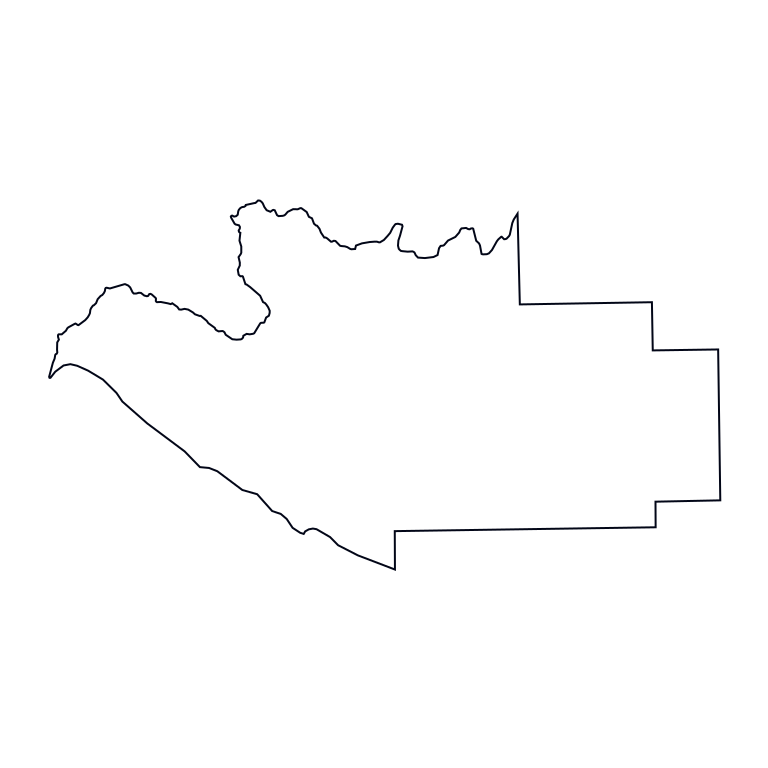 Menominee, Michigan, United States of America (Robinson projection), rotated 89°
{"feature_id": "52423323B70505810284564", "entity_name": "Menominee", "entity_type": "district", "adm_level": 2, "iso_a3": "USA", "parent_name": "United States of America", "parent_adm1": "Michigan", "projection": "robinson", "projection_center": [-87.723, 45.54], "detail": "fine", "context": "isolated", "style": "outline", "palette": "ink", "viewbox_px": 768, "rotation_deg": 89, "n_neighbors": 0, "source": "geoboundaries", "source_scale": "gbopen_adm2", "svg_char_len": 3739}
<svg xmlns="http://www.w3.org/2000/svg" viewBox="0 0 768 768"><g transform="rotate(89 384 384)"><path d="M216.0,247.5L221.8,251.4L225.3,252.9L236.9,255.6L238.3,256.4L240.9,259.0L241.3,260.4L241.3,261.4L238.8,263.8L238.9,264.3L241.4,267.2L243.3,268.7L251.9,273.7L255.2,276.8L256.0,278.9L256.1,282.5L255.9,283.7L255.6,284.2L247.2,285.6L245.1,286.5L242.4,289.3L230.3,292.1L229.9,292.7L230.0,294.3L230.8,295.6L230.6,297.1L229.4,299.2L229.8,303.8L231.2,305.0L233.9,306.2L238.2,310.1L241.7,317.5L246.2,321.5L246.7,322.6L246.9,325.0L249.2,326.6L256.0,328.2L257.9,332.3L258.8,340.9L258.2,347.8L255.8,350.0L253.1,351.2L252.4,352.1L251.9,353.2L252.1,358.0L251.5,363.3L251.2,364.8L249.9,366.2L249.0,366.9L245.9,367.6L240.7,367.1L236.0,365.4L226.6,362.7L225.1,363.2L224.0,367.3L224.3,369.6L224.8,370.2L227.8,372.5L233.0,375.2L236.0,377.8L240.0,381.6L242.3,385.6L242.3,386.5L241.6,388.5L241.5,390.8L241.8,395.8L243.0,403.6L245.1,409.6L248.5,410.5L248.7,414.3L248.3,415.5L246.5,418.3L245.7,420.7L245.3,424.4L245.0,425.5L240.2,430.0L239.9,431.6L240.8,433.6L240.8,434.5L237.4,438.3L236.5,439.8L236.5,441.2L231.5,444.4L227.7,445.8L224.6,448.1L224.3,449.2L222.5,451.2L217.1,453.1L215.5,456.2L210.7,458.3L206.8,463.5L206.7,464.6L207.8,467.2L207.6,471.8L210.2,477.3L212.8,479.6L213.6,480.6L214.1,482.3L214.3,486.5L213.3,488.0L208.4,490.2L208.0,491.5L208.1,492.1L209.8,494.6L208.2,498.3L205.0,500.5L201.2,502.1L199.6,503.4L198.5,504.9L198.3,506.7L200.7,509.3L200.9,510.8L202.6,519.1L203.6,519.4L204.4,520.8L204.6,522.5L204.9,523.4L205.7,524.7L207.3,526.1L208.7,526.7L212.2,527.3L213.6,528.9L214.0,531.0L213.0,532.7L213.1,533.5L213.8,534.2L214.9,534.0L221.1,530.6L221.9,529.6L222.8,526.2L224.5,525.3L226.2,525.5L227.9,526.6L229.2,526.4L230.0,525.7L230.3,525.0L238.2,526.0L244.0,524.3L250.2,524.4L251.6,525.0L254.6,527.2L260.2,526.0L261.7,526.1L263.0,526.1L267.3,528.2L272.2,527.4L273.8,525.7L273.7,523.8L274.1,523.2L281.8,520.8L282.1,519.7L284.8,516.1L293.6,506.3L300.0,503.5L301.0,501.6L302.5,500.3L305.2,498.5L308.8,497.0L311.0,497.1L313.7,497.9L315.5,500.7L320.3,502.6L320.6,503.2L320.7,505.9L321.2,506.7L331.0,512.9L331.5,514.0L332.0,517.4L331.5,520.5L333.3,523.8L335.1,524.1L336.4,525.3L336.9,526.4L337.1,530.6L336.6,534.9L332.0,541.4L329.5,542.6L328.5,543.8L328.2,544.7L328.5,548.5L327.2,550.8L326.2,551.7L324.9,552.2L320.1,558.6L317.8,560.1L312.7,566.0L312.7,567.3L311.0,571.8L309.1,573.8L306.2,578.4L305.4,582.1L306.1,585.5L305.9,587.5L303.3,589.3L299.6,594.3L300.4,595.8L299.6,598.6L298.1,605.7L298.2,609.6L297.7,610.3L297.0,610.7L294.7,610.5L294.0,610.8L290.4,614.7L289.8,615.9L290.0,617.1L291.8,618.3L292.1,619.5L291.4,622.1L288.7,625.4L288.5,627.5L289.2,630.1L289.2,632.6L288.1,633.7L283.0,636.1L281.1,638.0L279.7,641.0L279.7,641.8L283.7,656.4L282.9,659.6L283.1,660.5L283.7,661.0L286.3,661.5L288.2,662.5L290.1,664.1L291.0,665.8L294.2,668.8L298.2,670.5L300.2,672.7L300.6,673.7L303.0,675.5L304.7,676.3L308.1,676.8L309.8,677.6L312.2,679.1L314.9,681.6L319.8,688.4L319.7,689.1L318.2,691.3L318.4,692.1L321.9,698.7L322.8,699.7L325.2,701.1L328.2,704.7L328.7,705.3L328.7,708.5L329.5,709.1L331.2,709.1L334.0,708.3L336.7,710.0L344.0,710.3L346.8,710.1L348.0,710.7L348.5,711.7L349.2,712.2L352.9,712.9L357.0,714.7L371.0,718.7L372.0,718.3L372.0,717.4L366.0,712.5L359.9,704.1L358.7,697.2L360.4,690.5L365.5,679.6L374.7,664.9L388.3,651.6L397.0,645.9L419.3,621.4L447.9,584.5L463.9,569.5L464.9,560.4L468.3,552.2L487.5,527.5L492.0,512.7L509.1,498.0L512.1,489.5L517.3,483.6L526.2,477.9L531.3,470.4L532.5,466.9L530.0,465.4L528.0,461.7L527.3,457.6L528.0,454.0L536.1,440.6L544.4,432.7L554.9,413.1L569.7,376.3L531.3,375.8L532.0,114.9L506.4,114.6L506.2,49.8L355.3,49.3L355.1,114.7L306.9,114.7L306.8,246.8L216.0,247.5Z" fill="none" stroke="#020617" stroke-width="2"/></g></svg>